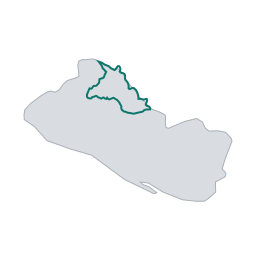 Chalatenango on a map of El Salvador (Robinson projection), rotated 8°
{"feature_id": "SLV-1357", "entity_name": "Chalatenango", "entity_type": "Department", "adm_level": 1, "iso_a3": "SLV", "parent_name": "El Salvador", "parent_adm1": "", "projection": "robinson", "projection_center": [-89.111, 14.18], "detail": "medium", "context": "in_parent", "style": "outline", "palette": "teal", "viewbox_px": 256, "rotation_deg": 8, "n_neighbors": 0, "source": "natural_earth", "source_scale": "10m", "svg_char_len": 2703}
<svg xmlns="http://www.w3.org/2000/svg" viewBox="0 0 256 256"><g transform="rotate(8 128 128)"><path d="M88.4,66.1L90.6,66.5L105.2,71.6L109.6,70.6L115.1,74.8L117.8,78.0L120.1,82.4L131.7,91.3L133.7,95.2L142.3,100.5L145.8,104.5L149.5,106.2L156.7,107.7L162.9,109.8L163.6,111.3L164.2,117.3L165.5,122.3L168.5,122.6L172.0,120.2L183.6,113.5L194.6,109.0L200.8,111.7L204.5,117.3L208.6,119.8L217.3,118.2L225.2,118.7L231.4,123.6L232.8,126.5L229.1,142.8L227.7,149.8L227.0,155.7L229.3,157.2L231.4,159.5L231.0,162.7L224.2,167.9L222.1,169.2L223.7,179.3L218.6,185.4L214.0,189.8L205.9,191.0L192.1,191.5L171.3,186.5L156.0,179.7L147.8,179.7L150.4,181.9L156.9,183.3L165.5,188.1L163.0,189.5L131.8,179.5L95.8,160.0L74.3,156.9L49.6,151.8L35.0,139.5L24.1,134.1L23.2,129.5L23.3,124.3L28.2,117.3L37.5,108.0L43.6,103.2L46.5,102.2L50.6,102.7L54.5,100.0L57.8,93.6L61.3,89.4L70.2,85.2L72.2,83.6L71.5,80.0L69.6,73.0L69.9,68.7L72.8,66.7L76.3,66.3L83.4,64.5L86.6,64.9L88.4,66.1Z" fill="#d9dde1" stroke="#a8b0b8" stroke-width="1"/><path d="M89.8,66.4L93.2,67.0L95.9,68.4L100.4,69.5L102.6,71.2L106.7,72.5L107.5,71.7L108.8,69.0L109.4,68.2L110.2,68.0L110.7,68.1L111.2,68.5L111.7,69.3L112.1,70.2L112.3,71.2L112.2,72.2L111.9,73.2L112.9,74.1L115.9,74.5L117.3,75.3L117.8,76.5L118.2,79.6L118.6,80.5L120.8,82.4L121.6,83.5L122.4,85.0L122.7,86.2L122.9,87.5L123.1,88.6L123.9,89.2L124.8,89.0L125.8,88.3L127.0,87.7L128.4,87.7L130.6,89.3L132.4,91.8L133.7,94.8L134.3,97.7L135.8,97.4L139.7,97.7L140.7,97.3L141.6,96.7L142.4,96.6L143.0,97.7L143.0,99.4L142.4,101.1L142.4,102.5L143.7,103.5L145.6,103.7L146.0,103.9L146.7,104.5L147.1,105.2L147.3,106.0L147.3,106.5L143.2,107.2L141.4,108.2L140.8,109.2L140.2,109.7L139.1,110.2L133.7,112.2L132.4,112.8L131.2,113.1L128.9,112.9L126.3,112.9L124.9,112.8L123.5,112.2L121.9,112.3L120.1,111.3L119.7,111.1L119.3,110.7L118.9,109.9L118.6,109.4L118.5,108.9L118.4,108.4L118.4,108.2L118.5,107.7L118.4,107.5L118.3,107.3L116.3,104.7L115.9,103.9L114.3,102.6L113.7,102.0L113.2,101.7L111.0,100.8L109.9,100.2L109.3,100.1L107.8,101.0L105.3,102.3L104.3,102.0L103.1,100.9L102.6,102.1L101.3,102.1L99.5,101.2L98.8,101.5L97.7,102.4L97.3,102.6L96.7,102.5L95.9,102.1L95.6,102.0L94.2,101.8L92.6,100.8L91.7,100.6L90.8,101.3L90.0,101.8L89.0,102.0L88.3,102.3L88.0,103.0L87.6,103.7L86.6,104.0L85.3,104.0L83.9,103.7L83.0,102.7L82.7,100.6L84.4,94.1L86.0,94.2L86.3,94.2L86.5,94.0L86.6,93.8L86.8,93.5L87.9,91.4L88.0,91.3L88.2,91.1L88.7,91.0L89.8,90.9L90.3,90.7L90.5,90.6L90.9,90.4L91.2,90.0L92.9,87.4L93.1,86.9L93.1,86.6L93.0,85.5L93.0,83.5L96.3,82.0L97.1,81.0L97.4,79.0L98.6,75.4L96.9,74.3L96.5,73.6L96.3,73.5L95.0,72.7L94.7,72.4L94.5,72.2L94.1,71.5L93.8,70.7L93.7,70.5L93.2,69.8L89.8,66.4Z" fill="none" stroke="#0f766e" stroke-width="2"/></g></svg>